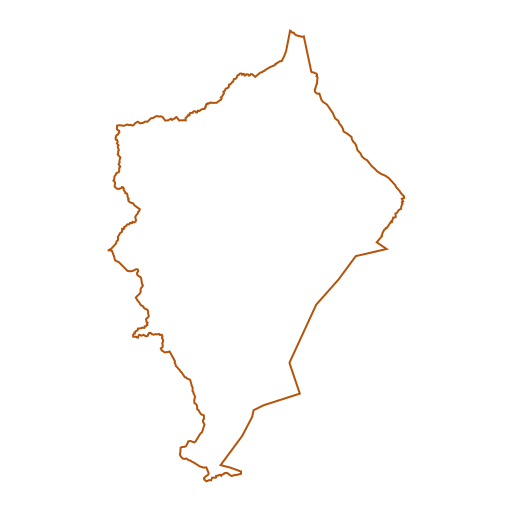 the district of Totoltepec de Guerrero, Puebla, Mexico
{"feature_id": "50627088B53187609917147", "entity_name": "Totoltepec de Guerrero", "entity_type": "district", "adm_level": 2, "iso_a3": "MEX", "parent_name": "Mexico", "parent_adm1": "Puebla", "projection": "albers", "projection_center": [-97.868, 18.283], "detail": "fine", "context": "isolated", "style": "outline", "palette": "amber", "viewbox_px": 512, "rotation_deg": 0, "n_neighbors": 0, "source": "geoboundaries", "source_scale": "gbopen_adm2", "svg_char_len": 6048}
<svg xmlns="http://www.w3.org/2000/svg" viewBox="0 0 512 512"><path d="M386.6,249.0L376.7,242.3L382.1,236.0L381.7,235.2L382.1,234.8L382.6,232.8L384.1,230.0L385.4,228.9L385.7,228.1L386.7,228.1L391.0,221.7L391.5,222.3L392.0,222.0L392.3,220.2L393.0,218.7L393.2,217.5L394.9,217.5L395.8,216.8L395.4,213.6L397.0,212.7L398.7,210.1L401.1,208.7L401.2,206.9L402.2,204.0L402.6,203.7L402.6,203.3L401.9,202.4L402.2,201.6L402.5,201.1L403.0,201.1L401.8,198.8L404.1,198.0L404.1,196.5L401.2,193.5L399.2,190.5L396.0,187.0L395.4,185.3L388.7,178.0L385.3,175.7L381.1,173.9L377.0,171.2L375.1,169.1L371.6,166.0L367.1,160.2L364.9,159.1L362.0,156.6L360.5,153.4L357.4,150.1L356.1,145.3L355.0,143.4L353.4,141.9L351.9,139.3L351.5,136.9L347.2,133.6L344.1,131.9L343.4,131.0L342.9,128.7L341.7,126.5L339.4,123.6L338.2,120.7L335.2,118.5L332.7,112.9L327.0,104.6L322.8,101.7L321.4,99.8L319.4,93.6L318.3,93.8L316.7,93.4L314.9,91.6L314.8,89.3L315.2,89.1L316.4,84.7L316.9,84.0L317.5,77.6L317.2,76.7L316.5,76.3L317.0,75.4L317.0,74.4L316.0,73.5L313.1,72.3L312.0,72.3L311.3,71.7L303.8,36.4L303.2,36.8L301.7,36.7L296.3,35.3L294.3,33.8L293.8,32.7L291.8,32.5L291.2,31.4L290.1,30.7L286.1,51.1L284.2,56.1L281.6,61.2L280.1,61.2L278.5,62.0L277.6,62.9L275.5,63.8L275.6,64.4L274.3,65.4L270.3,67.0L265.3,69.9L264.8,70.6L262.7,71.5L262.3,72.1L260.3,72.6L255.2,76.9L252.4,74.4L251.7,74.2L250.8,74.1L249.7,75.4L249.0,75.6L248.1,74.5L246.7,74.2L246.1,74.4L245.7,75.3L244.8,75.5L244.4,75.5L243.8,73.9L243.0,74.0L242.1,74.6L241.9,73.7L240.3,73.5L239.6,73.8L238.6,75.1L237.4,75.4L236.7,77.5L235.6,78.8L233.9,79.1L233.0,81.8L232.2,82.2L230.3,84.3L229.0,84.6L228.9,86.8L228.0,87.4L227.7,88.1L225.7,88.6L224.7,91.0L223.4,91.7L224.0,93.3L221.9,96.6L220.9,97.4L221.6,98.6L220.7,100.0L219.8,100.3L216.6,102.8L211.8,102.9L210.7,102.4L209.8,103.1L207.8,103.3L207.7,104.1L206.6,104.0L206.6,104.6L205.9,105.1L205.8,106.9L205.2,107.1L205.2,107.8L204.5,108.9L202.3,109.1L200.7,109.9L199.5,111.0L197.9,110.7L197.2,112.4L196.1,112.4L196.0,111.7L194.3,111.2L193.2,111.6L192.7,112.8L190.9,112.9L189.7,113.3L189.5,113.5L189.6,115.2L189.1,115.5L187.7,115.3L187.4,116.5L185.6,118.0L185.7,120.4L184.2,120.2L179.2,120.5L176.6,117.1L175.7,117.3L174.7,118.6L173.7,118.8L172.4,119.8L172.0,119.9L171.0,118.7L168.2,120.3L165.4,120.6L165.0,120.4L162.7,117.1L160.8,116.3L159.8,116.6L156.7,116.1L155.3,116.6L153.1,118.0L151.1,118.2L147.5,121.7L145.1,121.6L142.7,123.0L139.8,123.3L138.1,121.8L137.5,121.8L135.3,123.1L133.6,125.1L132.5,125.6L130.7,124.8L128.9,125.1L127.2,124.5L124.0,125.8L119.5,125.2L117.1,125.6L116.9,129.1L117.9,130.3L119.2,130.7L119.3,132.6L118.6,133.1L117.9,134.6L116.8,135.0L116.3,135.6L115.5,138.4L116.0,139.8L117.0,139.9L117.7,141.8L116.9,143.4L118.5,145.2L117.8,146.4L117.8,147.5L118.9,150.1L118.1,151.4L118.2,153.1L117.7,154.5L120.4,157.5L119.5,160.2L119.4,161.5L119.7,162.4L118.7,164.0L118.8,165.0L120.2,166.3L119.8,167.5L119.2,168.0L119.3,170.1L118.8,172.1L116.2,173.3L115.8,174.7L114.4,176.5L114.4,178.3L113.9,180.3L113.5,180.6L114.8,182.0L115.1,183.1L114.6,185.8L114.8,186.7L116.4,188.4L118.5,189.0L121.5,188.0L121.9,187.1L123.1,187.4L123.9,188.8L123.6,190.0L125.4,192.3L125.3,193.1L126.9,193.5L127.5,195.1L127.6,197.1L128.7,198.9L128.2,199.4L128.5,201.0L130.3,202.5L133.1,203.3L134.3,205.2L139.8,209.2L139.2,211.0L138.1,212.0L137.7,213.6L136.4,215.0L135.4,216.6L135.3,217.5L136.0,219.9L135.6,221.5L134.1,222.5L132.5,221.9L131.9,223.2L130.1,222.9L129.0,224.4L127.3,224.4L125.6,226.5L124.1,227.1L124.1,228.5L123.6,229.2L123.0,229.3L122.7,228.9L122.1,228.9L122.2,230.1L121.8,232.0L120.3,232.9L117.8,237.1L118.2,238.3L117.8,240.3L116.5,241.4L116.1,243.4L111.1,248.9L107.9,250.4L110.5,250.4L112.0,251.0L114.2,256.8L114.9,260.0L115.7,260.7L118.9,262.2L127.5,270.9L129.9,271.3L131.2,271.2L132.6,270.9L136.2,269.2L137.8,269.5L138.2,270.5L138.1,271.5L137.2,272.6L137.0,274.2L137.8,275.5L140.5,277.1L141.2,278.4L141.9,283.3L142.9,285.6L140.8,288.6L140.5,290.0L140.7,291.2L140.2,293.1L135.8,297.5L138.0,301.3L139.2,302.3L140.2,304.3L141.2,305.3L143.4,306.6L143.6,307.6L145.1,308.7L147.3,309.7L148.1,311.4L148.1,313.5L148.8,315.9L148.1,317.4L146.6,318.3L146.1,319.2L146.6,322.2L147.6,322.9L147.1,323.7L147.4,325.0L146.5,325.2L145.7,326.4L144.6,326.5L144.4,327.8L141.7,327.8L141.2,328.2L137.9,328.6L137.8,329.9L136.6,330.9L135.7,331.2L134.9,332.5L134.6,332.5L134.8,333.5L134.0,333.6L133.2,334.7L133.2,336.7L136.3,336.8L137.2,337.6L137.9,337.7L138.8,335.2L139.3,334.8L141.5,335.7L143.4,334.8L146.0,336.3L147.3,336.0L147.8,335.7L148.1,334.3L148.6,334.1L149.0,333.0L149.5,332.8L150.7,333.0L151.6,334.0L153.5,334.7L155.8,334.1L156.9,334.4L159.2,334.0L160.0,335.0L161.7,334.7L162.3,335.7L162.5,336.8L161.9,337.3L162.0,338.2L163.1,339.9L162.9,342.2L162.2,343.1L162.7,344.8L162.7,346.6L162.3,347.4L160.8,348.4L161.7,350.4L164.8,352.4L168.1,352.0L169.6,351.5L174.9,361.1L174.6,362.7L175.5,364.2L175.8,365.9L179.6,370.0L180.8,371.8L181.4,372.1L184.8,377.2L186.2,377.5L186.7,378.3L189.8,379.6L190.2,380.0L191.8,385.9L192.6,387.4L192.6,391.3L193.4,392.1L193.5,393.3L195.1,396.7L194.2,400.2L194.4,403.0L196.4,404.5L197.1,406.2L197.2,409.4L198.6,410.2L199.8,412.5L201.4,414.5L203.8,415.3L204.0,418.8L202.9,420.3L203.0,421.8L204.5,424.4L202.1,432.0L200.1,434.0L195.5,441.5L194.2,442.4L190.8,441.1L189.9,441.0L188.1,441.5L187.5,443.4L186.2,445.9L184.7,446.8L182.0,447.0L180.6,447.7L180.4,451.9L179.9,454.3L180.3,455.6L181.7,457.6L183.1,458.7L184.4,458.9L186.4,458.5L188.5,460.1L190.5,460.6L191.5,461.5L193.2,462.2L199.7,466.3L203.3,467.6L206.3,467.4L208.5,472.7L208.6,473.8L207.7,475.2L206.0,476.1L204.0,478.1L203.9,478.6L204.4,479.7L206.6,481.3L209.2,480.1L211.1,480.3L212.1,477.7L215.6,477.7L216.1,477.4L216.1,475.9L218.6,475.5L219.4,474.8L220.2,474.9L221.2,475.7L221.4,474.9L223.3,474.3L224.3,473.3L224.9,473.4L225.0,473.1L226.8,472.8L228.6,473.9L229.4,474.8L231.7,476.0L234.3,475.1L235.8,475.1L241.0,473.8L241.0,471.5L230.6,467.7L220.6,465.1L242.2,435.9L252.2,416.8L253.6,410.2L263.5,405.3L299.8,393.6L289.6,363.3L289.6,362.4L316.2,304.7L338.5,279.5L355.8,256.1L386.6,249.0Z" fill="none" stroke="#b45309" stroke-width="2"/></svg>